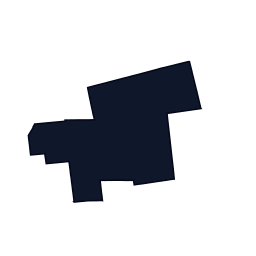 outline of Traian, Ialomita, Romania, rotated 135°
{"feature_id": "2599482B49143714613068", "entity_name": "Traian", "entity_type": "district", "adm_level": 2, "iso_a3": "ROU", "parent_name": "Romania", "parent_adm1": "Ialomita", "projection": "mercator", "projection_center": [27.361, 44.765], "detail": "fine", "context": "isolated", "style": "filled", "palette": "ink", "viewbox_px": 256, "rotation_deg": 135, "n_neighbors": 0, "source": "geoboundaries", "source_scale": "gbopen_adm2", "svg_char_len": 2148}
<svg xmlns="http://www.w3.org/2000/svg" viewBox="0 0 256 256"><g transform="rotate(135 128 128)"><path d="M218.5,113.8L218.4,113.6L218.2,113.5L216.4,112.0L213.2,109.4L211.2,107.7L208.1,105.2L202.9,100.2L201.4,98.7L197.7,95.2L197.4,94.7L195.7,96.9L193.9,99.1L193.7,99.5L193.4,99.8L192.9,100.5L192.4,101.2L191.8,101.9L190.9,103.0L189.1,105.3L186.9,108.0L184.8,110.7L184.3,110.2L183.7,109.7L183.3,109.2L182.3,108.3L181.8,107.7L181.1,107.0L180.4,106.4L179.8,105.8L179.2,105.2L178.1,104.2L177.1,103.1L175.9,102.0L174.8,100.9L173.6,99.7L172.4,98.5L171.5,97.6L170.5,96.6L169.7,95.8L168.9,94.9L168.4,94.5L168.0,94.0L167.1,93.0L165.3,91.2L163.5,89.5L162.4,88.3L161.5,87.5L161.1,87.1L163.8,83.4L163.5,83.2L162.1,82.2L160.7,81.1L159.9,80.5L157.2,78.4L155.3,77.0L145.4,69.7L144.7,69.2L143.8,68.5L143.0,67.9L142.5,67.5L141.9,67.0L139.6,65.4L138.0,64.1L135.7,62.5L131.9,59.7L131.4,59.2L126.7,65.0L126.4,65.3L125.9,66.0L125.5,66.4L125.1,66.9L124.8,67.3L117.1,77.0L107.5,89.0L95.7,103.8L92.0,108.4L90.1,110.7L72.7,97.7L62.7,90.2L62.7,90.3L52.9,106.2L52.9,106.3L48.2,114.0L44.6,120.0L43.0,122.7L42.9,122.7L38.7,129.7L38.1,130.7L38.0,130.8L37.6,131.5L38.4,132.3L60.4,145.6L62.1,146.7L64.1,147.9L65.0,148.3L74.2,153.6L84.5,159.6L96.2,166.5L96.4,166.6L102.9,170.4L119.5,180.2L127.9,185.1L128.0,185.1L133.4,177.0L134.0,176.1L136.1,172.8L136.7,172.0L136.9,171.7L137.0,171.6L137.2,171.2L139.6,167.5L141.0,165.3L141.3,164.8L141.7,164.2L142.0,163.7L142.3,163.4L145.8,157.6L146.5,158.1L150.1,161.5L153.1,164.5L156.5,167.9L160.9,172.2L165.2,176.4L166.9,178.1L167.6,177.3L169.2,178.5L173.9,182.4L181.7,188.9L188.1,194.2L190.9,196.5L191.2,196.8L191.3,196.7L194.2,195.9L194.2,195.7L195.8,195.1L198.3,194.5L201.2,193.8L203.2,193.3L203.7,193.2L203.8,193.0L205.6,190.9L206.5,189.7L207.0,189.0L211.0,183.9L213.3,181.1L215.9,177.8L212.7,175.1L206.2,169.7L205.0,168.7L211.0,160.6L199.9,151.4L194.4,146.9L193.4,146.1L196.1,142.5L198.8,139.0L199.7,137.9L201.6,135.5L203.4,133.0L205.8,130.0L208.7,126.2L211.7,122.4L212.1,121.8L214.6,118.6L217.1,115.4L217.3,115.2L218.3,113.9L218.4,114.0L218.4,113.9L218.5,113.8L218.5,113.8Z" fill="#0f172a" stroke="#020617" stroke-width="1.5"/></g></svg>